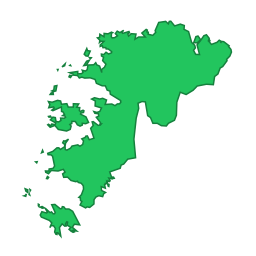 Sengerema, Mwanza, United Republic of Tanzania (Robinson projection), rotated 267°
{"feature_id": "72390352B95612948822264", "entity_name": "Sengerema", "entity_type": "district", "adm_level": 2, "iso_a3": "TZA", "parent_name": "United Republic of Tanzania", "parent_adm1": "Mwanza", "projection": "robinson", "projection_center": [32.45, -2.582], "detail": "fine", "context": "isolated", "style": "filled", "palette": "green", "viewbox_px": 256, "rotation_deg": 267, "n_neighbors": 0, "source": "geoboundaries", "source_scale": "gbopen_adm2", "svg_char_len": 5724}
<svg xmlns="http://www.w3.org/2000/svg" viewBox="0 0 256 256"><g transform="rotate(267 128 128)"><path d="M166.8,215.5L174.9,217.2L177.2,220.6L183.1,223.2L184.4,225.8L190.0,230.4L191.4,230.1L194.4,233.4L198.4,235.3L201.1,234.9L204.1,232.7L204.8,233.3L209.2,228.1L209.6,226.1L208.0,224.9L209.6,225.6L210.9,223.7L208.9,221.4L207.1,215.7L210.0,213.5L210.8,214.4L211.8,213.9L210.3,213.7L210.8,212.8L213.3,213.8L217.0,211.2L216.2,208.6L212.0,205.4L216.2,202.7L215.7,200.6L209.8,198.1L209.4,201.6L211.6,204.2L210.9,204.5L207.4,201.3L197.6,203.3L198.0,199.4L202.2,197.5L204.5,199.5L207.2,198.9L210.2,196.0L221.1,193.5L223.6,189.1L227.4,189.6L229.0,185.7L227.5,179.9L232.4,176.3L232.3,174.8L229.9,173.7L232.5,171.2L231.8,164.2L223.8,160.2L222.1,160.7L219.2,157.6L220.6,153.0L222.6,153.3L223.0,151.9L224.8,152.4L225.5,151.3L222.1,146.8L218.0,150.0L218.3,143.4L216.3,139.6L221.4,140.9L222.0,136.2L219.8,133.4L222.1,132.7L223.0,134.5L224.3,134.0L222.8,127.7L223.7,126.8L225.8,128.8L223.7,124.9L225.3,122.3L222.9,120.3L220.6,122.3L218.9,119.3L218.8,116.9L220.0,116.1L223.6,116.5L224.0,117.6L224.6,116.5L223.1,113.0L223.7,109.1L220.4,108.8L223.1,104.8L220.0,104.4L219.6,102.2L217.1,104.5L214.9,104.0L216.1,105.6L215.8,108.5L212.3,104.6L210.9,104.5L211.6,106.7L209.5,107.2L209.5,110.0L208.1,110.3L207.9,112.5L205.1,115.7L204.0,115.5L202.9,112.5L204.8,110.0L202.6,107.7L203.2,105.3L201.3,105.3L200.0,107.3L196.6,106.2L192.9,109.3L189.9,107.7L187.8,104.7L184.7,104.7L191.3,102.9L192.7,100.1L194.9,99.2L192.9,97.1L193.0,91.3L188.4,90.3L187.1,88.5L188.1,85.3L185.9,86.0L184.7,84.4L184.7,80.6L187.1,80.8L186.3,72.6L184.6,76.1L183.7,76.1L183.0,80.4L180.5,82.0L181.2,84.6L180.1,87.4L180.1,92.8L178.2,97.7L174.3,98.8L171.5,104.4L171.3,107.6L166.9,109.2L165.8,111.9L162.7,112.1L155.8,122.1L154.4,122.0L154.8,122.7L152.6,120.9L152.6,118.6L151.0,116.2L152.8,113.1L152.7,106.4L157.1,108.0L159.0,104.2L158.4,101.3L160.0,96.1L158.8,93.2L156.7,96.8L151.7,96.3L149.4,102.6L146.0,100.7L145.2,97.7L146.2,94.8L144.4,95.7L143.8,99.2L141.4,99.4L140.4,96.9L134.8,100.8L133.5,100.3L133.5,101.6L132.3,100.5L132.2,98.3L136.2,93.6L136.0,92.5L132.3,93.4L129.6,90.7L119.6,93.5L118.3,88.7L122.2,87.0L122.1,85.5L120.8,84.7L119.6,81.3L117.5,82.9L113.9,81.9L112.3,79.0L113.8,77.0L112.9,71.1L110.9,69.6L109.1,65.8L109.8,64.2L113.2,64.2L116.2,64.9L120.0,68.0L118.3,64.8L118.5,63.0L116.6,62.0L114.9,63.9L112.7,63.8L110.1,59.4L111.8,57.9L111.9,56.0L108.6,51.7L106.9,46.5L105.5,46.8L105.2,49.8L103.7,51.2L93.8,52.7L91.6,51.0L91.2,47.1L89.2,46.8L89.4,43.3L88.1,43.5L86.5,46.2L89.6,49.2L88.7,55.9L90.1,61.3L87.2,62.8L85.6,60.3L82.1,61.2L82.1,65.1L78.6,68.3L77.1,73.0L77.5,74.7L76.2,75.5L75.3,78.4L72.7,80.3L69.3,80.4L63.8,78.0L61.3,75.3L60.9,76.7L58.0,76.8L57.1,78.1L53.6,76.1L50.4,81.5L51.4,83.0L50.7,85.6L53.9,90.0L58.2,90.3L60.8,92.4L61.9,95.3L60.8,99.1L63.7,100.3L64.8,102.2L67.0,98.3L70.9,98.2L69.1,102.2L72.7,101.6L73.5,103.3L73.8,101.7L73.9,103.9L75.9,103.9L75.1,104.7L76.3,105.2L75.5,106.4L76.2,107.4L79.0,106.2L78.2,108.8L79.1,108.4L79.6,108.9L78.2,109.3L78.5,111.6L79.7,111.0L79.9,109.0L85.1,107.4L88.2,118.1L91.4,119.2L92.2,121.8L96.9,126.1L97.9,134.0L116.5,133.3L137.4,136.7L147.0,139.7L152.2,139.3L153.7,143.3L153.2,146.7L139.3,148.3L137.3,151.0L131.4,153.1L131.1,157.6L128.6,161.4L128.0,166.4L130.6,168.6L133.3,174.8L138.2,177.0L151.2,178.1L161.0,182.0L158.4,187.8L162.3,195.0L166.3,199.3L167.6,208.6L166.8,215.5ZM135.9,48.8L135.4,48.0L132.8,50.3L134.4,55.1L130.2,58.3L128.2,66.5L129.6,70.2L132.9,71.3L134.6,70.1L135.4,72.1L137.6,72.3L137.2,75.8L133.8,77.6L132.4,80.2L133.3,82.5L135.1,82.6L134.5,85.9L135.6,88.9L141.3,86.6L144.3,81.3L145.4,81.6L145.8,84.4L147.5,84.9L148.1,84.0L147.1,81.2L147.9,80.3L150.9,80.9L151.4,77.8L154.6,80.0L155.1,74.7L151.8,74.5L152.0,69.4L155.5,68.2L155.2,62.8L158.5,62.1L159.3,59.1L157.7,53.6L158.6,49.9L155.6,51.2L152.4,49.9L152.9,54.8L151.7,55.4L149.8,52.8L149.2,53.9L152.5,62.6L148.0,62.5L147.6,63.8L145.0,65.3L143.8,63.4L143.4,65.5L142.0,66.2L141.1,64.9L141.4,61.2L139.0,61.4L137.7,59.0L138.4,56.4L142.2,56.0L142.8,53.6L140.2,50.9L136.8,56.1L135.1,55.4L136.0,52.1L134.3,50.9L135.9,48.8ZM45.7,35.8L43.6,36.8L39.8,44.7L37.2,46.9L32.6,44.7L34.6,46.2L34.2,48.6L31.5,50.2L28.0,49.3L25.6,50.5L25.4,51.5L27.1,51.4L27.1,52.4L23.5,55.2L32.1,54.3L35.7,57.2L33.3,59.7L33.4,61.1L35.4,60.5L37.6,62.0L37.2,62.8L34.2,62.1L31.8,65.7L29.9,63.8L27.9,65.8L28.6,67.7L27.2,66.9L26.7,67.7L27.1,69.1L28.3,68.7L27.8,71.4L31.8,67.2L34.7,69.4L33.8,74.7L47.7,68.4L50.2,64.8L50.4,61.3L52.6,59.8L52.9,58.3L51.0,57.6L50.9,56.1L55.5,51.0L55.4,47.8L47.4,50.9L46.2,50.1L46.2,48.8L48.2,47.2L47.6,45.7L52.3,41.1L48.0,43.1L47.4,42.2L48.9,37.6L45.7,35.8ZM204.0,88.1L202.2,89.7L201.8,91.8L206.8,94.3L207.4,91.6L209.5,91.0L204.0,88.1ZM169.8,55.9L169.0,53.9L168.2,55.5L168.8,57.9L174.1,59.2L173.7,56.6L169.8,55.9ZM196.9,90.2L192.6,87.1L192.8,89.6L197.7,93.0L196.9,90.2ZM72.7,22.1L70.3,22.7L69.0,24.3L71.5,24.7L72.7,22.1ZM167.3,55.0L167.0,53.1L165.6,52.0L165.4,55.2L167.3,55.0ZM195.4,68.6L192.5,65.3L193.5,68.0L195.4,68.6ZM52.6,40.3L54.1,38.1L53.6,36.3L52.4,38.1L52.6,40.3ZM182.2,71.7L181.4,73.2L183.2,74.6L183.7,72.5L182.2,71.7ZM81.8,44.0L81.5,45.1L82.9,46.2L83.8,45.0L81.8,44.0ZM73.3,104.7L70.9,105.2L70.6,105.8L72.7,106.1L73.3,104.7ZM110.2,41.5L107.8,40.4L108.4,42.1L110.2,41.5ZM65.7,20.7L65.1,22.3L67.5,23.1L66.0,21.9L65.7,20.7ZM143.7,49.2L143.0,49.6L143.0,51.7L144.0,51.2L143.7,49.2ZM99.1,35.5L99.0,34.0L98.0,35.0L99.1,35.5ZM200.3,93.2L199.5,93.7L199.8,94.9L200.1,95.1L200.3,93.2ZM56.6,34.5L55.0,34.4L54.3,34.9L56.1,35.3L56.6,34.5ZM193.3,74.0L193.9,73.7L193.5,73.2L193.3,74.0ZM71.1,27.5L71.6,26.9L70.5,27.1L71.1,27.5ZM190.1,60.6L189.4,60.9L190.1,61.2L190.1,60.6ZM67.6,25.9L66.7,25.7L66.3,26.3L67.6,25.9Z" fill="#22c55e" stroke="#15803d" stroke-width="1.5"/></g></svg>